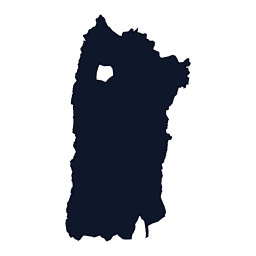 the district of Luilu, Kasaï-Oriental, Democratic Republic of the Congo
{"feature_id": "63176286B70348427219396", "entity_name": "Luilu", "entity_type": "district", "adm_level": 2, "iso_a3": "COD", "parent_name": "Democratic Republic of the Congo", "parent_adm1": "Kasaï-Oriental", "projection": "equal_earth", "projection_center": [23.592, -7.312], "detail": "fine", "context": "isolated", "style": "filled", "palette": "ink", "viewbox_px": 256, "rotation_deg": 0, "n_neighbors": 0, "source": "geoboundaries", "source_scale": "gbopen_adm2", "svg_char_len": 5673}
<svg xmlns="http://www.w3.org/2000/svg" viewBox="0 0 256 256"><path d="M78.7,66.8L79.0,68.3L78.8,69.1L77.9,69.8L77.9,70.3L78.6,71.1L77.7,71.4L77.0,73.4L76.2,73.7L76.0,74.1L76.2,75.4L75.6,76.7L75.7,77.1L76.2,77.3L76.2,77.8L76.6,78.2L76.3,78.8L77.3,79.7L77.2,80.4L77.5,82.1L77.3,82.5L76.7,82.2L76.5,83.6L75.7,82.9L74.9,83.9L75.3,84.5L74.0,85.4L74.2,85.9L73.7,87.2L73.8,87.9L73.4,88.6L73.6,89.4L73.2,91.1L73.2,92.3L73.8,92.6L73.7,93.6L73.3,94.6L72.9,94.6L72.6,95.1L72.7,97.1L72.2,97.8L71.8,100.9L71.8,102.2L71.6,102.6L71.8,102.9L71.6,103.5L72.2,103.9L73.8,104.0L74.1,104.4L73.7,106.4L73.7,108.4L73.9,109.7L74.5,110.5L74.0,111.4L74.2,112.3L74.0,113.8L74.5,114.1L73.6,117.7L73.8,118.0L74.6,117.0L74.7,117.5L74.2,118.7L74.1,124.2L73.7,127.9L73.2,129.5L73.5,130.6L73.1,132.2L74.6,133.4L75.7,133.4L76.0,133.8L75.7,135.7L76.8,136.8L76.6,137.8L75.9,139.4L76.0,140.3L75.4,141.9L74.3,142.8L74.7,143.5L73.8,145.2L74.5,147.6L74.8,147.7L74.9,147.1L75.4,147.1L75.6,147.5L75.4,148.3L75.6,149.1L76.6,151.4L76.1,153.4L75.4,154.1L75.3,154.9L75.5,155.4L75.2,155.9L74.7,156.0L74.1,157.5L74.3,158.2L73.8,158.8L73.5,159.8L73.2,160.2L72.3,159.9L71.6,160.8L71.6,161.6L70.8,161.6L71.3,162.8L70.9,165.8L71.0,166.2L71.6,166.7L71.6,167.7L72.3,168.6L72.2,169.6L73.3,171.6L72.7,172.9L72.9,173.6L72.2,174.6L72.1,175.2L72.2,176.4L72.9,176.7L72.4,178.4L72.6,179.7L72.2,180.4L72.3,180.8L73.1,181.7L73.1,183.2L73.5,184.2L73.3,184.8L73.5,186.2L73.0,187.9L72.2,188.3L72.3,189.6L71.7,190.0L71.5,190.5L71.9,191.6L71.4,191.7L71.2,192.1L71.4,192.5L72.3,192.9L72.1,193.9L71.5,194.5L71.2,195.9L70.7,196.4L70.3,198.5L69.0,201.8L68.1,202.6L67.8,203.6L68.1,207.1L67.5,207.3L67.6,207.8L66.8,209.4L67.2,212.3L68.3,212.4L67.9,214.4L68.0,215.7L67.5,216.6L67.5,217.0L68.4,217.4L68.0,219.1L66.6,220.1L66.4,221.3L66.9,222.2L66.1,223.0L66.7,227.4L67.1,228.6L66.9,229.1L67.4,231.2L69.9,233.5L69.5,234.3L69.7,235.1L70.4,235.5L70.5,236.3L71.0,236.9L71.6,236.8L72.8,235.7L73.3,235.8L74.4,237.5L75.7,238.7L76.7,238.8L78.3,240.0L79.8,239.1L81.2,236.9L83.5,234.6L92.4,236.0L93.6,236.5L94.8,236.5L100.2,234.6L102.4,237.1L104.8,237.7L105.1,238.6L105.9,239.1L106.5,240.5L107.1,240.6L108.4,239.7L109.7,239.5L110.6,238.6L112.6,235.3L114.8,234.8L115.8,233.8L116.6,233.9L117.9,233.4L118.9,235.2L123.1,238.5L125.9,238.8L131.0,238.6L131.0,237.3L131.4,236.1L131.3,234.8L133.2,231.9L133.3,231.1L134.1,230.0L134.1,229.2L134.6,228.5L134.5,227.8L134.7,226.5L134.4,224.5L134.5,223.9L136.9,220.2L138.7,215.5L139.4,214.4L141.4,216.5L141.7,217.8L142.5,218.7L144.6,220.3L145.1,221.5L146.3,229.5L146.3,231.1L146.8,233.3L146.5,234.8L146.7,235.4L146.4,236.9L147.6,236.3L147.8,231.5L147.3,226.4L148.0,225.0L152.2,222.8L157.8,220.9L162.4,217.2L164.4,216.0L163.9,214.8L164.8,213.6L165.1,212.5L165.0,210.4L164.7,209.3L164.0,208.0L164.1,206.9L163.5,206.0L160.3,198.2L160.0,196.5L160.1,195.4L160.6,194.1L161.0,192.0L161.6,191.0L161.4,190.7L160.2,190.2L161.2,188.8L161.4,188.1L161.4,187.0L160.4,182.8L161.0,181.1L160.7,179.5L162.1,175.8L161.4,173.9L161.5,172.5L161.3,171.8L160.2,170.9L160.9,169.6L161.6,168.7L161.8,168.7L161.9,167.9L160.9,164.7L161.2,163.8L162.3,162.5L163.4,161.8L163.6,159.3L164.4,158.5L164.7,157.8L164.5,157.4L165.5,155.0L165.2,153.4L165.8,152.7L165.9,151.3L166.5,150.5L166.8,145.8L167.1,144.8L166.9,143.1L167.4,140.9L167.4,140.3L168.9,139.1L170.5,139.1L171.3,137.8L171.2,136.9L170.1,137.0L169.6,136.3L169.4,135.2L168.5,134.3L167.2,134.2L166.2,133.7L165.8,133.0L165.2,130.5L165.3,129.6L165.7,128.8L166.8,127.9L166.4,126.3L167.2,125.3L166.7,124.2L167.4,121.6L167.3,120.8L167.5,120.1L168.2,119.6L165.7,115.3L165.3,113.6L165.5,112.0L165.2,110.8L166.7,108.8L167.4,109.4L167.8,109.3L168.3,108.4L167.9,106.9L168.0,106.5L170.4,104.8L170.9,103.9L171.9,102.9L173.4,97.5L173.9,97.1L174.0,96.0L175.7,94.7L176.4,93.9L177.0,90.4L177.6,89.4L177.7,88.0L178.4,86.8L179.4,86.7L180.2,87.1L181.6,85.8L182.2,85.7L182.5,86.1L183.7,85.9L184.3,86.3L184.2,87.5L185.1,87.2L185.3,86.7L185.6,83.8L185.9,83.5L187.7,83.9L187.8,82.1L188.5,78.2L187.2,77.3L186.6,76.7L186.4,75.9L186.5,75.3L188.8,73.4L189.2,72.7L189.1,72.4L187.8,70.7L187.6,68.5L185.9,68.7L185.6,68.4L185.3,66.3L185.8,65.9L188.7,65.6L189.8,63.9L189.9,63.3L188.5,61.8L188.5,59.0L187.9,58.9L187.3,59.6L187.0,59.4L186.3,60.3L185.5,60.4L184.2,62.1L183.2,62.9L179.8,63.0L179.0,63.6L177.5,61.3L176.4,58.6L174.9,56.3L172.4,55.6L168.8,57.1L161.9,58.5L160.8,58.4L159.3,57.0L158.7,55.8L158.8,53.7L158.6,52.9L158.1,52.3L153.4,50.3L152.7,49.5L152.6,48.7L152.9,47.3L153.8,45.7L154.1,44.6L154.1,42.5L152.8,41.4L149.3,41.5L147.9,39.7L146.9,39.9L145.9,38.6L145.7,37.7L146.2,35.1L145.7,34.2L144.6,34.0L143.5,34.6L142.4,34.6L139.1,33.1L137.7,33.2L136.7,32.1L137.1,29.4L133.6,32.9L133.0,32.8L132.7,29.7L131.9,29.2L131.3,29.3L129.3,31.6L128.6,32.0L126.0,32.5L124.7,32.4L123.4,32.9L122.9,33.7L122.3,36.4L122.0,36.7L119.8,36.6L118.2,35.7L112.6,31.6L111.7,30.8L109.2,27.7L108.3,27.5L106.8,25.7L105.8,23.2L104.9,22.2L104.6,19.7L104.2,18.9L103.4,17.9L102.1,17.3L101.1,15.6L100.6,15.4L100.1,15.5L99.2,17.7L98.6,18.0L97.9,19.0L96.7,19.0L96.3,20.0L97.2,22.7L96.3,25.9L95.2,27.3L93.4,27.5L90.7,29.9L89.6,30.0L89.1,30.6L88.4,33.0L87.6,33.7L87.2,34.6L86.0,35.0L85.2,34.9L84.6,35.7L83.8,35.7L83.9,36.4L85.2,38.0L86.3,40.5L86.3,41.2L87.0,41.8L86.5,42.3L85.4,42.1L84.2,41.5L84.2,42.8L83.4,44.8L83.6,45.3L81.2,48.7L81.1,49.3L82.3,52.0L83.3,51.7L83.3,52.1L82.6,53.4L81.5,53.9L80.9,55.0L81.3,56.0L80.0,59.8L79.7,60.1L80.1,60.7L79.9,61.1L79.4,61.0L79.6,62.3L78.4,64.6L78.6,64.9L79.3,64.3L79.8,64.5L78.7,66.8ZM99.0,63.7L104.2,65.5L108.4,65.2L111.0,65.4L113.2,68.4L113.7,72.0L114.0,75.9L111.5,77.3L108.5,79.7L106.6,82.2L104.8,82.7L101.7,81.1L95.9,80.3L95.7,77.0L96.1,72.3L97.7,66.8L99.0,63.7Z" fill="#0f172a" stroke="#020617" stroke-width="1.5"/></svg>